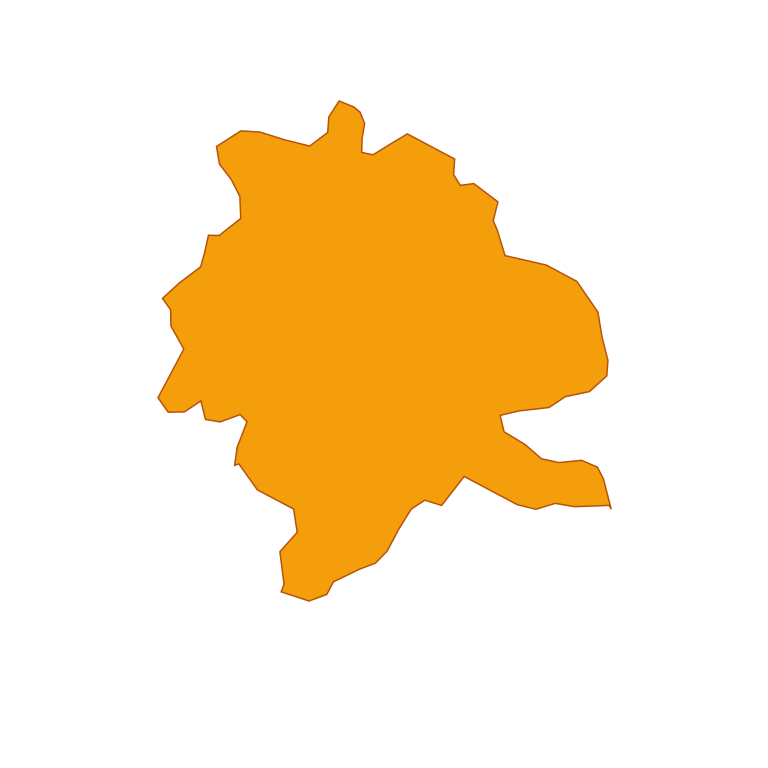 Imsil-gun, North Jeolla, South Korea, rotated 118°
{"feature_id": "91817680B86480113122364", "entity_name": "Imsil-gun", "entity_type": "district", "adm_level": 2, "iso_a3": "KOR", "parent_name": "South Korea", "parent_adm1": "North Jeolla", "projection": "albers", "projection_center": [127.248, 35.609], "detail": "fine", "context": "isolated", "style": "filled", "palette": "amber", "viewbox_px": 768, "rotation_deg": 118, "n_neighbors": 0, "source": "geoboundaries", "source_scale": "gbopen_adm2", "svg_char_len": 1335}
<svg xmlns="http://www.w3.org/2000/svg" viewBox="0 0 768 768"><g transform="rotate(118 384 384)"><path d="M615.8,377.2L610.8,348.3L596.6,335.7L582.4,335.8L558.8,318.5L546.2,307.5L530.4,302.8L505.2,302.8L481.6,301.2L467.4,293.4L464.2,276.1L428.0,269.8L428.0,232.0L428.0,210.0L423.3,191.1L409.1,176.9L402.8,158.1L396.5,147.1L385.5,128.2L387.9,124.6L365.0,145.5L357.2,156.5L358.7,173.8L371.3,192.7L376.1,210.0L371.3,230.5L369.8,255.6L357.2,266.7L344.6,252.5L327.3,227.3L310.0,217.9L294.2,199.0L272.2,191.1L258.0,197.4L240.7,213.1L220.2,228.8L202.9,261.8L202.8,296.5L213.8,337.4L194.9,356.3L188.6,364.2L169.7,368.9L164.9,398.8L172.8,409.9L166.4,420.9L152.2,427.2L152.2,441.4L152.2,461.9L152.2,480.8L167.9,490.3L186.8,501.3L190.0,512.4L177.3,518.7L163.1,523.4L155.2,532.8L153.6,540.7L155.2,556.5L174.1,558.1L188.3,551.8L208.8,561.3L215.1,586.6L219.8,611.8L227.7,629.2L252.9,643.4L267.2,632.4L275.1,615.0L286.1,599.3L305.1,588.2L330.3,599.3L335.1,608.8L352.4,604.0L366.6,600.9L390.3,611.9L412.4,619.8L418.7,607.2L432.9,599.3L444.8,580.8L447.1,577.2L470.8,577.1L502.3,577.1L510.2,561.3L502.3,547.1L484.9,537.7L499.1,525.0L494.4,510.9L478.6,496.7L481.7,487.2L508.6,484.0L525.9,477.7L522.7,474.5L536.9,446.2L536.9,427.2L536.8,405.2L555.7,391.0L580.9,397.2L607.7,378.3L615.8,377.2Z" fill="#f59e0b" stroke="#b45309" stroke-width="1.5"/></g></svg>